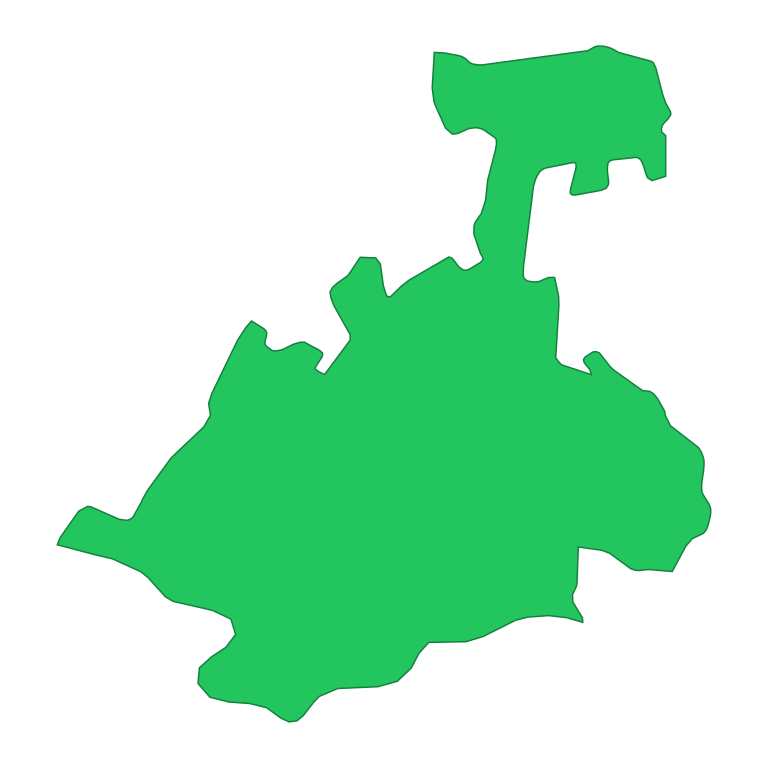 the border of North Ossetia
{"feature_id": "RUS-2305", "entity_name": "North Ossetia", "entity_type": "Republic", "adm_level": 1, "iso_a3": "RUS", "parent_name": "Russia", "parent_adm1": "", "projection": "natural_earth1", "projection_center": [44.363, 43.191], "detail": "fine", "context": "isolated", "style": "filled", "palette": "green", "viewbox_px": 768, "rotation_deg": 0, "n_neighbors": 0, "source": "natural_earth", "source_scale": "10m", "svg_char_len": 3392}
<svg xmlns="http://www.w3.org/2000/svg" viewBox="0 0 768 768"><path d="M289.2,721.9L281.2,718.3L275.9,714.5L266.4,707.6L249.4,703.5L228.9,702.0L210.0,697.3L198.0,683.5L199.4,667.8L211.2,657.1L225.9,647.3L235.6,634.5L230.9,619.1L223.4,615.5L212.2,610.3L173.2,601.4L165.4,596.8L148.1,577.6L141.1,571.9L112.3,558.8L96.5,555.1L57.3,544.8L60.0,537.8L78.7,511.2L87.8,506.3L91.1,506.9L118.4,519.0L122.2,519.8L127.5,520.3L130.6,519.1L132.9,517.3L141.0,502.8L142.1,500.1L147.5,490.4L171.2,457.8L204.0,426.7L210.5,415.2L208.6,403.4L211.9,393.3L237.6,340.2L245.9,327.4L251.5,321.0L263.8,328.7L265.7,330.5L266.7,332.8L266.5,335.6L265.1,341.2L264.9,343.7L265.9,345.9L272.4,350.7L276.5,350.9L282.3,349.7L293.7,344.1L299.7,342.4L304.2,342.1L318.9,350.0L320.7,351.3L322.3,352.8L322.7,354.9L321.9,357.1L315.3,367.5L315.0,368.5L315.5,369.3L318.9,371.8L324.6,374.5L350.3,339.9L350.1,334.6L334.0,305.8L330.9,297.7L330.0,292.1L331.3,289.6L332.7,287.3L336.6,283.7L348.2,275.3L360.2,257.3L375.7,257.9L380.3,263.9L383.3,285.3L385.2,291.9L386.9,296.2L389.1,297.0L390.8,296.4L401.4,286.1L409.1,280.1L448.8,257.0L451.2,257.7L453.1,259.3L458.0,265.8L460.2,267.9L463.2,269.9L466.0,270.3L468.6,269.6L480.2,262.6L482.1,260.9L483.1,258.8L482.6,257.2L480.2,252.9L473.9,234.2L474.0,225.9L474.8,223.2L476.2,220.8L481.3,213.5L485.6,200.1L487.7,180.1L495.6,149.3L496.5,143.6L496.2,139.3L494.6,137.4L484.1,130.1L481.4,128.8L478.4,128.0L474.9,127.7L468.6,128.6L458.2,133.3L455.4,133.9L452.2,134.0L445.5,128.1L435.2,105.1L434.0,101.6L432.2,87.9L434.3,52.4L445.5,53.1L459.5,55.8L462.7,57.0L465.5,58.6L468.5,61.7L471.8,63.8L477.9,64.9L482.1,64.9L587.8,50.7L595.0,46.7L598.0,46.1L601.4,46.1L605.0,46.5L608.6,47.4L612.0,48.7L618.8,52.5L650.9,61.2L653.3,62.7L655.8,67.9L662.8,94.9L665.8,103.2L670.5,111.7L670.8,114.6L668.3,118.6L663.8,123.3L662.2,125.7L661.4,128.4L661.7,131.9L665.7,135.7L665.7,176.3L652.0,180.6L647.5,177.7L645.5,172.5L643.9,167.1L642.0,162.0L640.6,159.8L638.7,158.1L636.0,157.4L612.5,159.9L610.2,160.8L608.1,162.7L607.5,166.6L607.3,170.0L608.7,182.5L608.0,185.5L606.2,188.2L601.3,190.3L575.1,195.1L572.3,194.9L570.5,193.7L570.3,191.2L570.7,188.3L575.5,170.1L576.1,167.0L576.0,164.3L574.9,162.7L572.6,162.6L545.3,168.1L542.3,169.6L539.6,171.8L536.8,176.4L535.3,179.9L533.4,186.7L523.6,265.4L523.2,272.1L523.3,275.1L523.7,277.7L525.1,279.4L527.6,281.0L533.5,282.0L538.7,281.6L548.5,277.5L554.5,277.4L554.6,277.5L558.6,296.1L558.9,305.4L555.7,357.9L558.9,362.0L561.5,364.8L591.4,374.7L590.0,369.9L585.3,364.1L584.0,362.0L583.5,359.8L584.6,357.7L586.5,356.1L593.3,351.8L596.2,351.7L599.4,352.9L610.1,366.6L613.4,369.8L642.5,390.6L649.6,391.3L653.6,393.8L657.7,398.8L664.5,410.9L665.7,416.4L670.5,425.8L698.4,447.5L700.5,450.7L701.5,452.6L702.5,455.1L703.4,457.8L704.0,460.7L704.0,465.3L703.5,471.3L701.8,482.6L701.6,488.3L702.1,492.6L703.3,495.0L708.9,504.0L710.0,506.5L710.7,509.2L710.7,512.9L710.1,517.2L707.5,527.1L705.7,530.6L703.4,533.3L692.2,538.7L685.9,546.1L672.2,571.5L648.3,569.5L639.3,570.5L635.5,570.3L630.7,568.7L609.7,553.3L601.6,550.2L578.3,547.0L577.0,583.9L576.2,586.9L572.5,594.6L572.9,602.1L582.5,617.9L582.7,622.4L566.8,617.7L548.9,615.6L527.9,617.1L515.7,620.2L483.1,636.5L466.0,641.7L428.8,642.4L419.0,653.2L411.2,668.1L403.3,675.6L397.4,681.2L392.6,682.6L377.9,686.7L337.7,688.5L319.3,696.4L313.7,702.2L303.2,715.7L297.0,720.8L289.2,721.9Z" fill="#22c55e" stroke="#15803d" stroke-width="1.5"/></svg>